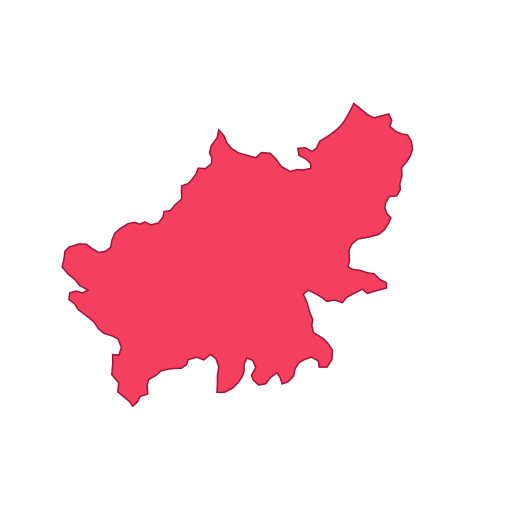 Santana do Deserto, Minas Gerais, Brazil, rotated 66°
{"feature_id": "56859067B9842068555783", "entity_name": "Santana do Deserto", "entity_type": "district", "adm_level": 2, "iso_a3": "BRA", "parent_name": "Brazil", "parent_adm1": "Minas Gerais", "projection": "mercator", "projection_center": [-43.18, -21.939], "detail": "fine", "context": "isolated", "style": "filled", "palette": "rose", "viewbox_px": 512, "rotation_deg": 66, "n_neighbors": 0, "source": "geoboundaries", "source_scale": "gbopen_adm2", "svg_char_len": 2589}
<svg xmlns="http://www.w3.org/2000/svg" viewBox="0 0 512 512"><g transform="rotate(66 256 256)"><path d="M364.7,347.1L367.7,340.2L367.2,331.1L364.4,323.8L360.8,317.9L356.5,313.9L350.1,310.9L345.6,305.8L350.1,301.4L357.9,301.6L363.0,308.7L368.3,308.9L375.0,306.0L376.7,299.1L373.0,292.5L371.1,284.2L377.6,283.4L383.5,284.2L384.0,277.9L380.9,270.4L374.7,265.9L371.0,260.3L370.3,253.8L371.0,246.2L377.3,241.8L383.2,243.5L386.4,236.2L381.4,228.7L373.1,224.4L365.7,225.7L359.2,227.9L354.2,231.4L349.2,234.7L342.0,233.2L337.2,230.0L330.1,229.9L319.8,228.4L310.2,228.3L308.4,222.3L315.0,216.6L320.7,212.7L326.3,209.7L328.2,202.1L333.8,196.1L330.7,190.3L330.1,182.5L329.5,172.5L335.5,169.5L336.6,160.4L338.3,149.8L333.5,147.8L327.7,152.5L320.4,155.2L316.4,161.4L311.6,166.5L307.7,172.9L303.2,176.4L299.1,172.9L293.7,170.7L288.2,168.5L284.2,163.7L281.9,156.2L284.4,145.9L286.2,135.4L284.2,127.8L280.1,121.7L276.0,117.2L270.8,119.1L264.6,119.0L260.1,115.8L255.9,109.9L258.3,103.0L254.0,97.0L248.4,95.2L242.2,90.1L234.5,87.0L231.6,80.8L227.9,74.8L222.0,69.5L214.5,67.5L207.1,68.3L204.1,72.9L198.9,77.7L192.1,81.0L187.3,76.8L180.2,76.9L179.2,83.1L177.8,91.9L172.1,96.8L165.1,100.1L156.4,104.6L161.4,110.6L164.9,115.1L168.3,119.9L171.5,125.5L173.7,132.1L175.8,141.4L177.1,151.1L182.1,156.8L183.3,162.3L177.2,167.0L174.7,174.0L181.4,175.8L187.3,171.2L193.2,168.5L198.2,170.1L196.8,177.4L193.7,183.4L192.8,190.3L188.4,193.6L184.1,196.7L176.6,198.0L167.9,201.3L163.7,209.0L166.2,216.1L161.7,221.7L158.1,226.0L154.7,230.0L148.0,234.5L140.7,236.6L133.6,236.3L125.6,238.7L132.3,243.5L137.0,252.0L142.9,256.5L148.8,256.5L153.6,259.3L155.6,266.7L152.2,273.1L156.5,277.3L159.5,282.2L162.3,288.5L161.7,295.4L166.8,297.9L173.7,300.6L176.3,308.9L179.7,315.8L178.0,321.8L182.8,325.5L186.1,331.8L184.8,339.4L179.7,343.6L179.7,349.2L176.0,352.9L174.4,359.8L175.7,368.9L177.7,375.6L182.8,381.0L188.9,385.2L190.5,391.5L188.9,398.2L182.8,402.5L176.3,406.1L173.0,412.7L171.8,423.1L174.0,428.7L180.8,432.7L187.3,437.6L196.4,434.8L204.1,430.9L211.3,429.1L218.9,423.3L219.1,429.7L215.0,434.3L213.9,441.2L219.7,444.5L226.2,441.1L232.7,440.2L239.1,436.6L249.7,431.1L258.7,429.4L264.9,426.3L270.7,419.7L275.8,415.8L284.6,416.1L290.7,421.4L287.8,427.0L295.7,430.5L305.7,436.0L315.9,433.0L324.0,437.5L337.2,430.9L343.1,429.7L341.1,423.6L337.2,419.1L338.0,411.0L329.9,408.1L325.2,404.2L324.3,395.8L322.3,389.5L323.6,382.5L325.6,376.1L328.2,369.9L327.0,363.7L323.1,360.1L324.3,351.4L329.7,345.9L327.4,337.5L333.5,334.4L342.0,335.0L349.5,339.8L357.6,343.5L364.7,347.1Z" fill="#f43f5e" stroke="#9f1239" stroke-width="1.5"/></g></svg>